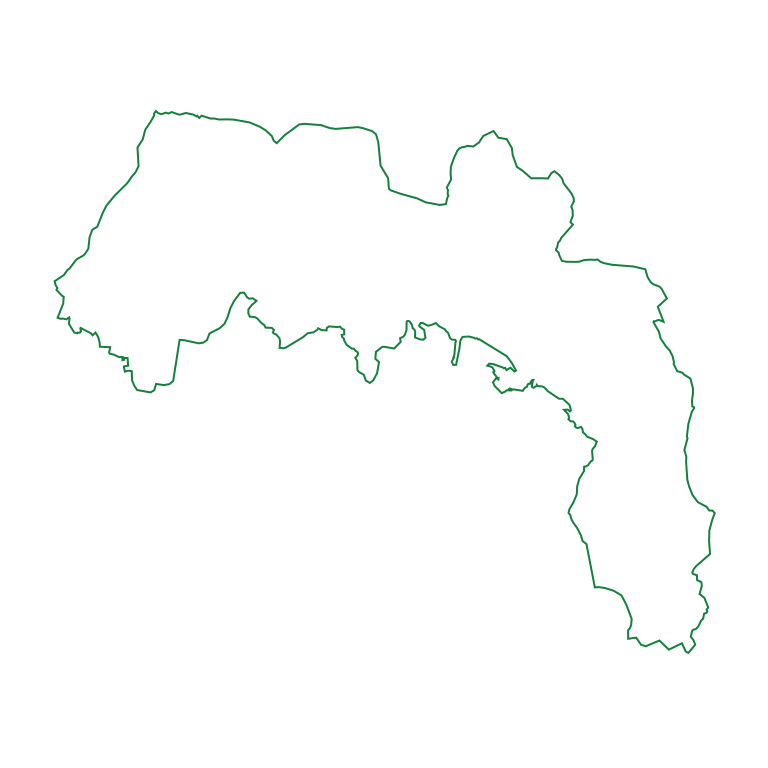 the district of Avramesti, Harghita, Romania, rotated 87°
{"feature_id": "2599482B64108004805491", "entity_name": "Avramesti", "entity_type": "district", "adm_level": 2, "iso_a3": "ROU", "parent_name": "Romania", "parent_adm1": "Harghita", "projection": "albers", "projection_center": [25.039, 46.361], "detail": "fine", "context": "isolated", "style": "outline", "palette": "green", "viewbox_px": 768, "rotation_deg": 87, "n_neighbors": 0, "source": "geoboundaries", "source_scale": "gbopen_adm2", "svg_char_len": 6080}
<svg xmlns="http://www.w3.org/2000/svg" viewBox="0 0 768 768"><g transform="rotate(87 384 384)"><path d="M358.1,642.1L357.3,638.8L358.0,635.2L367.2,635.4L372.8,633.4L377.1,630.8L380.2,617.6L378.1,613.7L372.0,611.6L373.6,603.9L372.9,598.4L370.0,594.4L329.2,585.8L329.8,581.2L333.7,566.9L333.2,562.2L330.9,558.5L324.4,555.6L319.6,545.1L315.6,540.2L309.8,537.0L300.1,533.4L293.3,529.4L285.5,522.9L285.4,519.0L290.4,516.0L291.7,514.3L291.6,510.5L294.3,507.0L298.5,512.2L302.4,515.5L306.5,515.8L309.8,514.3L310.3,509.8L311.9,507.1L316.1,503.8L319.1,500.4L321.5,499.3L322.1,493.1L324.3,491.1L326.8,492.3L328.1,491.0L328.9,489.0L333.0,485.9L336.4,485.6L342.5,486.4L343.0,482.6L342.6,480.3L332.9,462.3L329.3,457.5L328.7,451.7L326.3,447.6L324.9,446.9L326.8,443.6L327.5,438.6L324.9,438.1L323.6,435.8L324.6,428.3L324.5,424.8L326.5,423.3L327.7,421.0L332.3,421.1L332.8,423.7L334.9,423.3L336.3,421.8L338.7,421.4L342.8,419.3L347.0,414.3L347.1,412.4L349.5,410.5L350.8,408.7L352.2,408.2L354.3,409.1L356.4,411.3L359.6,409.5L368.8,409.8L370.7,408.3L373.7,403.7L379.6,402.0L382.2,398.1L379.9,394.6L373.0,390.4L361.8,387.8L358.4,391.3L351.5,390.4L346.9,383.9L346.8,382.0L349.1,372.0L342.8,365.1L339.1,365.6L337.8,362.3L335.9,360.6L331.3,358.7L323.3,358.2L322.4,357.6L322.3,356.4L322.9,355.1L326.4,353.0L329.7,352.5L330.1,351.7L332.7,350.1L339.1,350.6L341.4,345.5L341.8,342.4L340.0,340.2L332.0,341.1L328.4,345.5L327.4,345.8L325.0,344.2L325.0,342.2L328.1,337.2L327.6,333.8L325.9,329.0L329.2,326.0L332.6,320.3L334.4,319.3L336.3,317.3L341.9,315.5L343.1,314.0L343.7,310.4L345.1,309.9L346.2,310.5L359.1,312.3L361.2,313.3L361.4,312.9L365.5,315.2L368.6,313.8L368.6,311.0L352.8,306.9L344.8,305.5L341.1,303.1L341.0,296.9L342.5,291.9L343.4,290.6L343.2,288.7L344.4,287.6L344.2,286.7L362.7,259.9L370.0,255.1L377.5,251.4L378.3,253.2L374.4,256.9L376.5,261.0L374.2,262.1L374.6,263.6L373.8,264.4L370.1,273.1L369.2,277.8L371.1,279.9L372.4,276.0L373.3,274.8L376.9,273.0L377.5,273.2L377.7,274.2L378.4,274.2L383.9,270.4L383.9,269.3L385.5,269.6L383.8,271.5L388.1,275.1L391.9,273.5L399.3,266.9L398.0,263.5L396.7,262.0L397.0,258.7L395.6,259.5L395.0,258.5L395.7,257.1L396.8,256.6L396.1,255.2L398.1,245.8L395.1,243.4L394.1,241.2L392.5,240.8L391.4,239.9L391.4,238.0L389.6,237.4L387.8,235.7L387.8,234.6L389.7,235.6L394.6,236.5L395.6,234.9L393.9,231.8L393.0,231.4L394.0,231.0L394.8,225.9L395.8,224.1L399.7,220.8L407.9,210.0L408.1,206.2L414.5,199.9L420.1,198.7L421.1,199.7L419.2,201.9L419.2,205.5L423.5,201.9L427.2,200.8L428.8,201.7L430.9,199.7L431.3,197.1L433.1,195.6L434.9,194.9L436.2,195.7L437.6,194.3L438.1,193.0L437.2,189.5L439.0,188.3L442.7,187.8L444.8,185.6L447.1,184.1L449.9,178.3L452.7,174.5L457.3,176.6L459.7,179.0L461.5,179.7L470.8,179.5L472.5,181.9L475.5,184.2L476.7,186.1L477.1,188.5L481.3,188.8L488.9,193.9L496.1,196.4L504.4,197.3L511.6,200.8L518.8,205.4L522.4,206.5L524.5,204.9L528.7,204.0L532.8,202.0L538.2,198.5L545.3,195.3L551.3,193.9L554.4,190.2L598.1,184.1L598.1,179.9L599.3,174.1L602.4,165.6L607.6,157.9L616.7,153.7L631.5,149.0L637.7,149.8L640.8,151.3L642.7,153.1L651.2,153.5L650.5,145.4L657.8,141.0L659.6,136.4L654.6,122.4L664.2,113.4L658.5,100.0L666.9,96.7L668.5,94.2L660.6,86.8L656.4,88.2L652.5,90.8L647.2,89.4L645.8,88.4L644.8,85.0L642.1,82.5L637.0,79.8L635.1,77.6L630.0,76.3L629.4,73.9L628.0,73.1L626.0,73.7L624.2,71.9L614.4,75.2L610.2,79.9L602.4,77.2L598.5,77.4L596.2,81.6L591.4,81.5L589.9,85.2L588.4,86.0L585.3,84.6L582.0,81.6L570.8,67.3L558.4,67.6L547.5,66.8L537.5,63.6L530.3,60.5L527.7,62.5L527.3,65.9L523.6,68.2L518.4,76.8L510.8,81.8L502.2,84.7L495.5,86.1L477.7,86.4L472.5,85.9L465.7,87.5L453.9,83.7L452.5,84.3L440.0,82.2L427.7,78.0L424.3,75.5L423.4,75.6L422.5,77.3L416.4,77.3L409.4,75.9L404.8,75.7L394.6,77.7L390.1,84.1L388.4,85.3L386.5,90.5L379.2,93.7L377.1,93.3L371.0,94.5L365.8,96.8L360.8,100.7L352.9,105.4L346.0,106.8L336.3,111.7L335.5,111.3L335.5,109.9L334.3,106.4L336.5,101.6L321.2,106.5L313.4,97.0L303.6,101.7L301.1,103.9L298.4,110.0L296.3,112.3L291.1,115.2L283.1,117.0L279.7,128.8L276.9,149.9L274.9,157.8L273.3,161.4L270.8,164.1L271.1,166.4L270.6,171.3L270.7,177.7L272.0,182.4L272.1,185.3L271.5,195.4L270.4,199.9L264.4,202.3L261.9,202.7L259.5,205.2L258.4,205.2L256.7,204.0L251.9,202.7L250.1,200.8L247.4,199.4L234.7,187.0L232.5,189.1L231.5,189.2L226.2,186.7L220.2,186.6L216.8,187.7L211.4,184.8L209.9,184.8L208.1,184.9L203.1,187.1L192.9,194.2L188.7,195.2L187.1,196.2L184.5,198.1L180.5,202.6L182.2,205.9L187.4,209.5L186.8,214.9L186.3,226.2L178.3,234.4L174.2,239.9L162.2,243.5L155.3,243.9L145.9,248.6L144.0,257.0L137.1,261.3L141.5,271.9L147.8,276.5L151.5,282.3L150.6,288.3L151.7,292.2L151.4,293.0L152.7,296.5L154.6,298.4L161.7,302.2L170.5,305.8L177.1,306.5L183.3,306.3L191.1,311.0L193.7,310.0L197.9,310.5L199.1,309.8L201.6,311.1L207.6,312.8L208.1,318.9L204.8,332.8L200.4,341.1L195.2,356.7L191.0,367.1L189.3,368.9L178.7,369.1L165.8,376.0L142.0,377.1L134.3,378.9L130.8,382.6L127.2,392.2L126.1,396.9L126.7,419.0L125.6,424.7L122.2,433.3L120.0,449.9L120.4,455.1L130.4,470.3L137.9,478.5L135.5,481.3L130.4,483.1L124.5,488.9L120.6,494.5L115.7,504.7L112.2,519.8L111.6,525.2L111.2,535.3L110.0,539.4L109.9,543.1L106.5,552.1L108.6,554.6L106.3,556.6L106.9,557.3L105.0,560.3L103.0,567.6L104.4,574.3L101.3,581.9L102.6,585.1L101.6,587.7L102.9,592.3L101.7,595.2L99.5,597.5L102.0,599.5L103.8,599.5L109.7,603.2L117.6,609.1L127.0,612.1L135.0,617.8L153.5,617.7L159.7,621.1L163.9,625.2L170.1,630.0L182.0,643.3L191.4,651.9L198.6,656.0L212.0,662.1L214.3,666.6L215.2,667.5L222.3,670.4L233.5,672.2L237.5,675.1L239.6,676.9L243.1,683.8L244.6,685.6L252.3,692.1L253.7,694.3L258.4,697.9L264.1,707.5L268.3,706.7L271.0,705.1L272.8,706.2L279.3,700.7L280.0,699.3L286.8,700.1L300.8,706.5L302.0,703.3L301.8,701.2L302.8,697.9L301.0,694.9L302.3,694.6L307.3,695.6L316.3,690.7L317.3,687.6L316.7,687.1L316.8,685.0L315.5,683.8L312.9,684.4L312.1,684.1L318.1,673.9L320.1,672.5L317.5,669.4L322.3,666.9L328.0,665.8L331.9,665.8L332.9,655.5L338.3,656.9L339.4,656.2L340.5,652.3L343.3,647.1L343.3,643.7L346.5,644.0L346.2,642.2L344.3,642.1L344.7,638.7L352.3,638.5L352.9,642.9L358.1,642.1Z" fill="none" stroke="#15803d" stroke-width="2"/></g></svg>